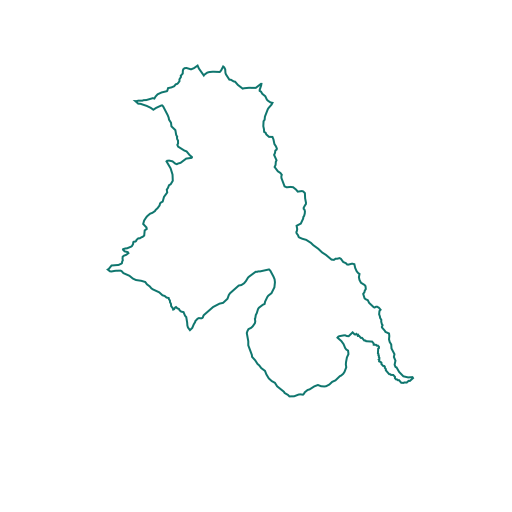 the district of Merak, Tashigang, Bhutan, rotated 48°
{"feature_id": "84629894B35565609446545", "entity_name": "Merak", "entity_type": "district", "adm_level": 2, "iso_a3": "BTN", "parent_name": "Bhutan", "parent_adm1": "Tashigang", "projection": "albers", "projection_center": [91.904, 27.249], "detail": "fine", "context": "isolated", "style": "outline", "palette": "teal", "viewbox_px": 512, "rotation_deg": 48, "n_neighbors": 0, "source": "geoboundaries", "source_scale": "gbopen_adm2", "svg_char_len": 6110}
<svg xmlns="http://www.w3.org/2000/svg" viewBox="0 0 512 512"><g transform="rotate(48 256 256)"><path d="M166.9,375.2L169.6,374.8L170.7,373.9L172.8,370.5L176.2,366.5L177.3,366.0L180.0,366.0L186.0,363.3L190.4,362.6L193.5,361.3L197.6,357.9L201.2,355.7L204.1,356.0L207.5,355.3L210.0,355.4L211.7,355.0L218.3,352.2L222.6,351.8L224.6,350.6L227.0,350.3L228.8,349.0L230.1,349.7L231.4,349.7L232.8,350.8L234.6,351.2L236.5,352.6L239.1,352.8L240.4,353.4L240.7,352.5L240.2,350.7L240.4,349.6L242.2,349.5L243.8,348.7L245.4,349.1L247.3,348.8L249.2,347.4L252.9,348.7L254.7,348.7L259.4,351.7L261.7,353.5L263.6,354.4L266.9,354.7L266.8,351.5L265.1,347.9L264.4,345.5L263.8,344.7L263.5,341.4L263.9,340.0L265.7,338.4L266.1,337.4L266.1,336.7L265.1,334.8L265.0,334.0L265.2,322.0L267.0,315.0L268.8,311.8L268.7,305.8L266.8,302.3L266.3,300.3L266.4,288.6L267.8,286.3L268.3,283.1L267.9,280.3L266.7,276.3L266.7,274.9L267.5,266.8L268.5,265.8L268.9,264.7L270.1,263.4L274.7,255.3L276.5,255.2L283.0,256.8L285.8,257.8L288.2,259.5L291.6,263.3L294.0,269.4L293.7,273.4L294.0,274.9L296.0,279.8L297.4,281.7L296.8,283.6L296.4,288.5L296.8,290.0L299.0,293.7L299.7,295.6L301.7,298.1L301.9,298.8L304.1,300.3L305.2,301.8L306.1,305.6L306.1,307.8L305.3,310.5L306.1,312.7L307.1,314.4L314.2,318.8L317.2,321.5L326.8,325.3L328.3,326.4L333.0,326.4L337.3,327.1L339.4,326.8L342.8,327.1L347.4,326.2L350.9,327.5L355.5,328.4L359.5,328.0L362.9,326.8L367.0,327.5L375.5,326.1L376.9,326.4L380.7,325.2L382.7,325.1L385.8,321.5L387.5,317.0L388.6,315.5L390.5,313.9L390.4,312.2L389.9,311.1L390.1,307.3L391.0,305.4L391.9,299.9L393.3,296.3L396.3,294.8L398.7,292.5L399.7,291.0L400.6,287.5L400.5,283.6L401.6,280.2L401.4,274.0L401.8,272.9L401.9,270.0L401.3,267.7L399.1,263.4L396.7,261.8L395.1,260.1L392.2,256.3L390.8,253.0L389.5,252.0L387.9,250.9L385.9,251.5L384.0,251.3L380.1,249.9L376.3,249.5L371.2,250.1L371.0,248.9L371.3,247.8L373.7,243.9L374.6,242.8L376.2,242.1L377.6,240.8L377.4,235.3L380.2,235.2L381.0,234.5L381.0,233.6L381.9,233.6L382.7,232.8L383.6,233.7L384.4,232.8L387.0,232.9L387.8,232.0L391.3,232.1L392.1,231.2L393.0,231.2L397.3,227.0L399.8,227.1L400.7,227.9L402.4,226.2L403.3,226.3L404.1,225.4L405.8,225.4L406.7,226.3L406.6,227.2L410.0,230.6L410.9,230.6L411.7,231.5L412.5,231.5L413.4,232.4L414.2,232.4L415.1,233.3L415.1,234.1L415.9,234.1L416.7,235.0L418.5,234.2L419.3,234.2L420.2,235.1L422.7,235.1L423.6,234.3L424.4,234.3L425.3,235.1L427.0,235.2L427.8,236.0L432.9,236.1L433.8,235.3L434.6,235.3L436.3,233.6L438.9,233.6L439.7,234.5L441.4,234.5L442.3,233.7L443.2,233.7L444.0,232.8L447.4,232.9L449.1,231.2L449.2,230.4L450.9,228.7L450.9,226.1L451.8,225.3L451.8,221.0L450.7,220.8L448.0,224.2L444.0,227.0L437.9,227.2L432.8,226.1L432.0,226.6L430.9,226.3L429.5,225.7L427.1,222.4L423.3,221.1L421.6,218.8L415.4,217.2L412.2,214.7L409.4,214.2L406.9,212.9L404.7,210.5L402.6,209.0L399.0,210.6L397.8,210.3L393.4,210.2L392.9,209.9L392.1,208.2L391.2,208.2L388.6,206.9L387.3,205.6L385.1,205.2L383.7,204.3L381.7,203.5L379.5,201.1L379.3,199.4L376.6,199.3L374.6,200.0L373.9,201.0L373.7,202.3L372.8,202.8L366.5,203.3L363.7,202.5L361.3,203.5L360.0,203.6L355.9,201.7L355.4,199.5L354.6,198.5L354.0,196.5L351.7,194.8L350.2,194.7L346.1,195.9L343.0,195.1L340.6,193.7L338.6,191.1L336.9,191.5L334.7,191.4L331.3,190.3L327.9,188.4L326.0,189.7L324.1,193.3L323.2,194.0L321.5,194.0L318.8,195.2L314.9,194.8L313.5,195.3L312.3,197.6L311.3,198.6L311.0,200.7L309.2,202.3L302.0,203.3L297.6,204.5L292.3,204.9L286.2,206.2L283.0,206.4L277.6,207.9L274.1,210.1L271.0,211.5L270.1,211.5L268.9,210.9L266.2,210.6L265.2,210.0L264.9,209.1L263.6,207.4L260.7,205.6L261.9,201.0L259.8,196.0L258.7,194.7L258.4,193.4L257.1,191.4L255.6,189.8L254.1,189.0L252.8,189.0L252.0,188.2L251.0,185.3L250.9,184.4L250.0,183.3L246.0,180.9L242.0,177.6L239.6,177.7L238.4,178.5L236.1,181.9L233.4,181.8L229.7,182.4L227.7,184.2L225.5,187.2L223.4,188.2L215.0,184.9L213.6,183.7L212.9,182.5L210.6,182.3L207.7,183.1L202.3,182.6L201.4,180.5L199.3,178.3L198.6,176.7L193.0,174.9L192.1,172.9L190.6,171.1L190.7,169.4L190.1,168.6L187.8,167.8L185.1,167.4L181.0,165.0L178.5,164.1L176.2,166.6L172.5,167.0L170.9,166.4L169.2,166.9L167.2,165.3L164.4,163.7L160.9,160.2L160.5,158.4L158.4,156.1L154.8,149.0L154.4,147.5L153.9,143.1L153.2,141.3L151.5,142.5L148.7,143.2L147.1,143.3L143.5,142.2L139.7,142.8L137.2,142.3L135.8,142.8L135.1,142.3L132.8,138.2L131.7,136.8L131.4,137.1L130.9,143.7L126.2,148.8L123.3,152.7L122.7,153.9L116.7,155.0L112.5,154.9L111.3,155.8L108.3,156.7L107.1,157.8L100.9,156.8L99.5,156.2L96.7,154.0L94.5,153.4L93.2,153.6L94.8,157.9L95.0,159.8L90.3,164.6L88.0,167.7L87.1,169.5L86.7,173.3L86.9,174.0L78.5,173.0L75.4,172.0L74.9,176.4L73.8,179.4L69.7,181.9L68.6,183.5L68.6,185.2L69.3,186.3L71.4,188.4L71.7,191.3L72.7,191.9L73.5,194.7L74.9,195.9L75.4,198.5L75.4,199.3L74.7,200.8L75.1,203.2L74.1,206.1L72.4,209.0L73.8,211.3L73.9,211.9L71.3,216.7L70.0,220.9L70.3,224.0L71.0,226.2L69.7,227.0L66.7,233.2L65.1,235.1L64.4,236.7L61.9,239.4L60.9,241.3L60.2,242.0L64.0,241.6L65.6,240.0L71.3,236.8L75.4,235.1L78.6,234.4L79.1,231.1L80.7,225.9L81.2,225.0L82.7,224.9L92.3,227.4L94.7,228.3L96.5,229.4L100.1,230.0L103.1,232.1L108.5,231.7L112.6,234.3L114.7,234.8L115.2,235.6L116.5,236.4L118.0,236.7L120.2,238.6L120.8,240.1L122.6,240.7L129.7,238.7L131.8,237.6L136.6,237.8L139.6,237.4L139.9,237.7L139.9,238.3L136.9,242.7L136.3,249.7L135.1,252.1L134.8,253.4L133.3,254.2L129.8,254.7L127.0,256.7L125.8,258.3L125.8,259.2L133.7,260.8L137.6,262.6L139.7,263.6L144.4,267.5L145.6,271.4L145.2,273.3L146.5,275.9L147.0,277.9L149.4,279.5L150.5,284.8L153.1,288.9L152.6,291.3L152.9,292.4L153.9,293.8L154.6,297.2L154.6,299.7L155.0,301.0L154.6,304.1L153.7,306.4L153.6,310.0L153.8,311.6L154.8,315.4L156.7,318.4L161.5,318.3L162.8,319.1L162.5,321.6L166.0,325.4L165.9,327.6L165.5,328.3L165.1,330.5L164.1,331.7L164.1,334.0L164.6,335.0L164.6,335.9L163.6,337.3L163.6,337.9L164.9,339.4L165.6,341.6L165.5,342.5L164.0,346.7L163.0,348.0L162.0,350.1L162.3,350.6L164.7,350.5L167.3,348.7L168.5,348.9L168.3,351.6L167.4,353.9L167.3,355.5L168.7,357.0L170.0,357.8L170.6,359.2L171.6,360.4L171.6,361.1L170.7,364.1L166.4,369.7L167.1,374.1L166.9,375.2Z" fill="none" stroke="#0f766e" stroke-width="2"/></g></svg>